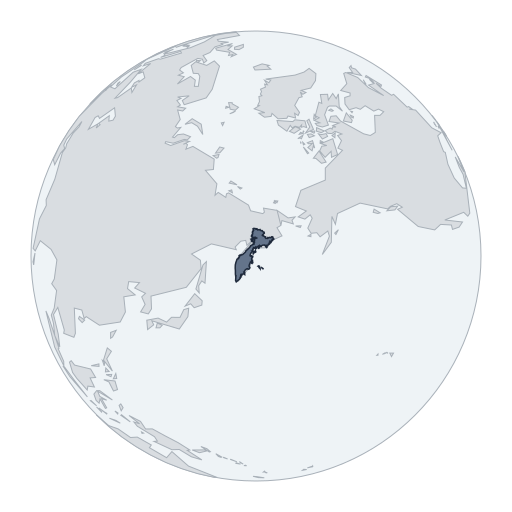 Kamchatka on an orthographic globe
{"feature_id": "RUS-3468", "entity_name": "Kamchatka", "entity_type": "Region", "adm_level": 1, "iso_a3": "RUS", "parent_name": "Russia", "parent_adm1": "", "projection": "orthographic", "projection_center": [164.844, 57.899], "detail": "fine", "context": "on_globe", "style": "filled", "palette": "slate", "viewbox_px": 512, "rotation_deg": 0, "n_neighbors": 0, "source": "natural_earth", "source_scale": "10m", "svg_char_len": 17713}
<svg xmlns="http://www.w3.org/2000/svg" viewBox="0 0 512 512"><circle cx="256" cy="256" r="225" fill="#eef3f6" stroke="#a8b0b8"/><path d="M312.6,466.1L312.8,466.5L312.5,466.7L312.6,466.1ZM465.2,172.4L464.9,172.1L469.8,213.2L467.8,216.2L463.7,212.3L444.8,220.0L462.5,222.0L459.1,227.1L452.5,229.4L451.4,225.0L440.6,224.4L434.7,229.9L418.2,226.5L397.6,209.3L402.3,207.2L396.8,203.7L390.5,206.3L387.7,208.9L360.1,203.1L337.5,213.5L335.4,224.3L331.9,216.4L331.3,242.3L322.3,254.5L329.4,236.2L327.8,231.0L320.1,236.8L316.8,232.7L311.1,233.3L307.8,228.1L312.2,218.2L310.2,214.8L304.9,219.1L298.2,216.9L306.3,211.0L295.5,206.6L300.9,190.3L325.3,180.1L325.3,168.1L342.5,150.3L337.9,148.1L341.5,140.6L337.6,135.5L341.9,134.0L335.0,131.3L331.8,133.6L327.8,133.3L325.2,130.6L330.2,128.1L332.2,129.1L332.4,127.0L336.0,127.0L332.7,125.5L339.1,123.0L329.0,121.5L330.9,116.3L336.2,115.8L340.5,121.0L363.6,133.8L370.3,135.5L375.3,132.4L374.6,115.4L380.0,115.4L383.7,111.7L378.5,109.1L373.8,111.1L365.1,105.7L360.3,109.3L356.1,107.7L349.2,109.7L345.0,104.0L344.7,97.5L350.1,95.8L350.1,93.0L340.7,90.5L346.8,83.7L343.7,73.4L345.8,72.5L357.7,77.5L368.4,87.6L383.7,95.6L368.5,85.1L374.2,83.5L372.9,81.2L369.5,78.4L365.3,77.0L366.1,75.5L381.5,85.0L381.0,86.4L376.1,83.3L381.2,88.2L391.6,95.3L393.6,94.3L407.1,107.1L408.7,106.6L412.6,109.4L409.1,109.1L415.6,110.1L431.8,127.8L441.1,132.7L437.7,135.8L440.0,142.5L443.6,151.6L445.3,152.4L447.9,164.2L454.2,178.0L462.5,187.9L466.4,188.3L463.1,174.4L459.3,167.4L455.2,156.9L464.0,171.9L457.9,156.3L460.2,160.9L465.2,172.4ZM391.5,356.6L389.8,353.1L393.5,353.1L391.5,356.6ZM387.0,352.4L388.0,353.3L386.8,352.8L387.0,352.4ZM385.0,353.0L386.5,352.6L384.9,353.5L385.0,353.0ZM382.4,354.4L383.8,353.5L383.7,353.8L382.4,354.4ZM444.5,136.1L437.2,122.4L444.1,132.7L442.3,130.1L443.6,132.9L446.9,140.1L452.2,150.3L444.5,136.1ZM378.0,355.2L376.8,355.3L378.0,354.0L378.0,355.2ZM435.0,124.1L436.5,126.9L434.6,123.8L435.0,124.1ZM386.9,210.8L390.7,206.8L397.7,206.1L394.9,209.9L386.9,210.8ZM373.2,212.3L374.1,209.1L380.1,212.8L377.8,213.5L373.2,212.3ZM334.7,233.1L338.4,229.7L335.9,234.5L334.7,233.1ZM310.9,234.3L310.9,236.7L308.0,236.0L310.9,234.3ZM352.0,112.7L350.7,111.2L352.6,111.6L352.0,112.7ZM350.3,115.1L353.5,116.6L353.2,118.0L351.2,117.0L350.3,115.1ZM300.3,227.5L295.6,226.0L301.1,225.8L300.3,227.5ZM346.3,112.9L352.2,120.2L351.5,122.6L343.4,121.0L346.3,112.9ZM293.3,223.9L281.9,220.6L280.9,225.4L277.1,210.4L288.1,217.9L295.1,216.9L292.0,220.3L293.3,223.9ZM332.0,135.6L335.2,132.9L334.9,137.7L332.0,135.6ZM332.8,138.7L337.6,154.5L331.5,157.3L331.1,151.3L325.1,157.3L319.7,150.9L321.8,146.2L326.8,145.5L320.9,143.6L332.8,138.7ZM276.9,202.8L274.8,200.7L277.8,201.0L276.9,202.8ZM326.1,133.6L327.6,136.4L322.4,139.0L318.4,133.8L321.4,134.6L326.1,133.6ZM326.1,162.1L321.5,163.3L315.9,158.4L313.4,158.2L319.0,151.0L326.1,162.1ZM321.3,132.7L316.5,131.2L316.6,127.6L324.3,131.0L321.3,132.7ZM322.8,141.9L320.1,142.9L320.3,140.6L322.8,141.9ZM314.2,114.4L316.2,117.5L313.6,119.0L314.2,114.4ZM314.8,130.9L314.7,132.2L314.0,133.2L310.9,131.6L314.8,130.9ZM314.7,148.1L313.3,145.9L312.1,150.8L307.8,147.5L312.4,143.4L308.6,143.8L307.3,142.8L312.5,140.6L314.7,148.1ZM305.5,133.1L309.8,127.0L306.8,120.8L309.0,119.2L313.5,129.4L305.5,133.1ZM309.2,137.6L307.4,134.4L311.0,133.9L314.4,135.8L309.2,137.6ZM303.3,146.9L308.7,153.0L307.5,153.7L303.3,146.9ZM303.9,131.3L302.9,132.9L303.3,131.0L303.9,131.3ZM302.7,142.2L304.8,144.2L303.4,144.9L302.7,142.2ZM299.2,134.3L300.6,132.3L303.0,133.5L299.2,134.3ZM300.2,138.0L297.8,138.6L303.0,135.1L301.4,138.8L300.2,138.0ZM301.0,142.6L300.9,143.7L300.4,141.6L301.0,142.6ZM289.4,131.3L295.3,126.7L300.6,129.1L294.1,133.3L289.4,131.3ZM236.6,31.6L226.7,33.2L214.6,35.0L181.3,45.5L176.3,47.3L175.4,46.3L146.5,59.4L142.9,62.5L121.5,76.9L110.4,86.9L114.9,88.8L133.2,72.2L141.2,69.3L130.3,82.2L115.0,98.2L117.6,97.6L131.3,88.0L131.9,92.5L136.5,84.9L131.6,87.3L134.4,82.9L139.0,80.4L139.0,82.0L144.8,77.8L143.2,71.9L138.1,73.8L150.7,63.5L143.3,65.8L145.3,63.3L158.5,58.7L160.3,59.2L181.5,53.0L180.7,51.4L160.6,57.4L165.1,55.2L163.9,53.7L168.3,53.2L190.4,47.7L204.4,41.9L215.3,35.4L225.0,33.5L236.4,32.4L239.5,35.5L217.4,39.5L218.3,41.2L228.7,42.2L221.2,43.5L222.7,44.6L215.0,46.8L210.0,52.5L203.1,55.5L206.8,60.6L203.8,63.0L202.4,59.2L197.8,58.4L181.2,67.5L179.6,70.0L183.4,72.8L178.4,75.2L184.2,76.7L177.4,84.0L190.5,76.5L195.3,80.1L194.4,86.4L198.3,86.4L199.8,76.3L198.3,73.6L193.3,73.3L191.2,65.4L195.7,61.8L206.7,65.4L214.3,60.9L219.5,66.1L212.2,89.3L206.2,97.9L184.2,104.7L182.3,100.5L189.2,95.8L177.6,97.0L181.0,98.4L176.9,100.5L180.4,105.0L177.6,106.8L185.7,108.2L182.7,111.0L177.6,110.0L180.2,119.5L175.4,126.6L177.4,128.0L180.8,127.4L172.5,137.1L174.3,137.7L177.7,134.7L183.5,134.0L190.5,136.7L187.3,139.9L184.3,139.4L173.1,143.2L165.7,141.6L165.1,143.2L170.7,145.5L184.4,140.7L189.5,141.4L183.3,144.3L185.9,143.3L187.5,144.7L185.9,149.2L192.9,146.4L214.2,159.1L213.4,169.5L205.4,170.3L216.9,183.8L215.0,195.3L218.2,192.4L225.8,197.4L226.5,193.8L228.6,192.9L248.5,205.1L250.6,210.8L262.8,213.6L264.4,212.2L263.5,208.1L277.1,210.4L280.9,225.4L277.0,227.7L282.0,235.9L272.4,240.2L266.8,247.8L253.4,248.2L250.2,254.5L252.5,257.1L249.8,267.8L236.1,281.8L236.8,259.2L255.3,237.7L246.9,245.3L245.7,240.4L240.8,241.2L235.1,247.0L236.3,249.7L211.4,243.9L191.5,254.0L200.4,260.2L201.1,268.6L186.3,287.3L151.0,296.1L151.5,308.9L148.3,313.9L140.6,311.9L145.1,304.4L141.7,296.9L145.5,293.3L134.7,288.0L139.5,282.6L128.7,281.6L127.5,288.6L135.2,294.9L123.8,296.8L125.4,312.0L120.2,322.0L99.4,325.2L86.2,316.6L84.2,318.5L81.8,310.0L74.3,308.1L75.4,333.3L73.9,337.3L63.7,333.3L64.3,330.0L57.8,307.4L53.5,314.5L58.2,334.0L59.8,346.9L54.7,335.4L53.5,323.4L51.3,315.1L54.2,308.1L56.6,290.5L51.7,283.7L54.3,279.0L56.9,259.9L51.1,249.4L40.3,240.7L35.2,250.9L33.1,248.3L39.5,218.8L46.3,205.5L46.1,199.7L54.8,179.2L62.4,152.5L65.7,147.9L66.7,143.8L73.1,133.2L79.1,126.8L81.9,121.5L66.7,139.0L63.8,145.1L64.6,148.6L60.6,153.1L54.7,164.7L53.3,159.5L59.5,145.9L68.8,130.7L79.3,116.2L104.2,91.0L105.3,90.6L105.6,90.5L106.2,90.0L105.2,89.7L111.8,84.8L91.4,102.3L89.8,103.9L101.6,91.9L114.2,80.9L127.6,70.9L141.7,61.9L156.4,53.9L171.7,47.1L187.5,41.4L203.6,36.9L220.0,33.6L236.6,31.6ZM95.1,117.5L88.4,129.3L98.0,123.8L96.2,128.0L100.1,124.7L98.7,123.3L109.3,115.7L108.8,121.1L113.0,120.2L115.4,116.2L114.6,107.8L99.5,118.4L98.2,115.8L95.1,117.5ZM446.5,136.1L444.3,132.5L443.6,131.3L445.6,134.4L446.5,136.1ZM438.5,123.9L439.9,125.9L436.1,120.7L438.5,123.9ZM435.4,119.7L435.7,120.2L432.0,115.4L435.4,119.7ZM439.0,128.1L437.9,126.1L439.2,127.5L439.0,128.1ZM433.6,121.9L434.3,122.9L434.2,123.4L433.6,121.9ZM373.2,82.9L372.1,82.1L369.3,79.3L371.8,80.7L373.2,82.9ZM349.2,67.6L351.0,65.6L351.5,67.8L355.5,69.1L361.4,75.5L347.2,72.4L352.6,72.5L349.2,67.6ZM365.4,83.8L363.2,79.7L366.2,84.4L365.4,83.8ZM239.0,49.6L234.5,49.3L234.6,47.2L243.4,44.4L243.3,47.3L239.0,49.6ZM228.0,49.5L236.5,54.4L231.3,56.7L232.8,54.5L228.5,55.5L229.7,52.3L216.5,50.1L215.7,48.2L232.5,43.5L227.4,45.9L232.2,45.9L228.0,49.5ZM267.2,66.1L270.8,69.2L255.0,70.0L253.4,67.1L262.1,63.9L269.1,65.4L267.2,66.1ZM330.9,108.9L333.3,110.7L331.9,111.3L328.7,110.3L330.9,108.9ZM315.3,115.7L318.9,102.2L321.8,103.4L320.4,94.5L327.6,94.3L328.3,100.0L332.7,93.5L336.2,98.6L338.4,93.9L339.2,106.6L342.5,111.2L336.1,106.0L329.4,106.0L327.5,107.3L324.6,114.8L328.4,125.1L322.4,127.0L317.1,125.6L315.3,123.4L319.8,122.8L314.1,120.3L319.2,117.8L315.3,115.7ZM258.8,113.2L264.8,112.6L254.2,108.8L259.3,105.6L257.7,105.4L259.5,101.5L258.9,96.5L261.9,95.7L260.4,94.1L261.5,91.6L260.5,89.2L265.5,87.1L264.6,84.1L267.4,84.8L264.6,80.3L268.9,82.7L270.8,80.0L265.6,79.1L295.0,75.1L304.0,72.1L309.1,68.4L315.9,73.6L315.5,80.6L310.7,88.0L301.1,90.4L306.0,92.5L302.8,94.3L300.3,91.9L302.2,96.8L298.9,97.7L294.7,105.4L299.5,112.4L298.1,115.5L294.6,113.3L295.6,118.0L288.0,116.0L286.8,118.3L278.1,118.8L272.0,113.4L271.1,116.4L264.5,117.2L258.8,113.2ZM286.9,131.2L278.4,125.1L277.0,120.5L292.8,121.6L294.9,119.8L304.9,120.8L306.7,127.6L303.7,126.6L301.2,127.3L301.6,124.9L299.4,127.4L295.1,126.2L292.2,127.9L290.3,125.4L286.9,131.2ZM173.5,49.2L170.3,50.6L165.7,53.0L164.9,52.3L173.5,49.2ZM188.7,45.2L186.1,46.3L182.7,46.1L186.1,44.8L188.7,45.2ZM187.6,47.4L186.2,46.4L189.0,46.2L187.6,47.4ZM200.3,60.6L197.9,62.3L196.6,61.9L196.5,60.4L200.3,60.6ZM228.6,102.6L232.2,102.7L232.2,103.8L238.5,107.3L235.3,110.2L230.2,109.2L228.6,102.6ZM116.4,86.0L117.9,83.2L120.3,81.5L119.3,82.8L116.4,86.0ZM141.2,65.5L134.2,69.9L141.1,65.2L141.2,65.5ZM226.1,106.3L229.1,107.3L225.6,108.2L226.1,106.3ZM233.3,112.5L229.7,113.8L235.6,110.9L233.3,112.5ZM96.5,406.9L101.7,411.8L101.6,412.1L96.5,406.9ZM91.0,400.5L96.6,405.8L90.4,400.7L91.0,400.5ZM98.8,407.9L104.5,412.0L106.9,413.4L106.7,414.0L98.8,407.9ZM87.4,396.9L69.7,376.4L63.3,366.5L64.3,366.7L74.7,380.7L87.4,396.9ZM63.9,365.9L54.7,347.1L45.9,310.9L49.0,318.2L59.0,348.3L58.2,348.8L63.7,361.3L63.9,365.9ZM87.9,386.1L87.2,390.0L76.9,378.5L72.6,372.5L69.5,362.1L71.2,360.7L74.6,365.1L90.6,369.0L95.6,377.5L90.1,377.9L94.4,387.0L87.9,386.1ZM35.0,253.0L33.7,264.9L33.0,261.8L35.0,253.0ZM99.0,366.4L91.2,365.7L98.9,363.9L99.0,366.4ZM104.7,362.5L104.2,365.8L102.4,360.4L104.7,362.5ZM82.2,322.6L78.5,318.7L79.4,316.4L84.7,320.1L82.2,322.6ZM116.2,330.3L112.6,336.9L110.6,338.3L110.6,332.4L116.2,330.3ZM202.8,134.5L197.5,126.2L191.7,122.7L185.0,124.3L192.2,118.7L201.2,124.2L202.8,134.5ZM213.1,155.6L219.0,154.5L218.0,157.6L216.6,158.2L213.1,155.6ZM215.5,153.1L219.7,147.0L224.0,148.1L219.9,152.7L215.5,153.1ZM222.6,125.6L221.3,122.9L224.1,122.3L222.6,125.6ZM96.3,414.9L108.7,425.6L118.1,428.9L130.5,437.5L137.3,437.1L151.3,445.0L149.4,447.7L166.6,457.7L171.9,451.6L188.5,466.1L205.2,472.7L217.2,477.5L214.5,477.4L197.9,473.7L181.7,468.7L165.9,462.5L150.7,455.1L136.0,446.6L122.0,437.1L108.7,426.5L96.3,414.9ZM253.0,476.3L256.6,476.6L264.3,477.8L258.3,477.6L253.0,476.3ZM303.7,469.3L306.7,469.5L302.5,470.3L303.7,469.3ZM312.5,466.7L307.3,467.9L312.6,466.1L312.5,466.7ZM265.0,472.2L267.3,472.7L266.1,472.9L265.0,472.2ZM263.4,472.0L264.6,471.1L265.2,472.0L263.4,472.0ZM243.9,465.6L245.5,465.2L246.6,465.8L243.9,465.6ZM109.4,418.2L116.1,420.5L120.3,423.2L109.4,418.2ZM240.5,464.1L235.9,463.4L236.1,462.8L240.5,464.1ZM240.3,462.6L239.4,461.6L243.2,464.1L240.3,462.6ZM230.8,459.3L236.9,461.8L230.2,459.4L230.8,459.3ZM227.6,459.0L223.5,457.6L223.7,457.3L227.6,459.0ZM187.3,450.4L201.9,459.9L191.4,456.8L179.3,449.5L171.9,449.7L154.0,441.4L157.4,441.1L154.5,436.7L137.4,426.3L133.9,422.0L139.6,423.8L129.0,415.5L140.5,421.4L145.6,429.0L152.4,428.9L165.0,435.8L178.2,442.7L189.8,450.0L187.3,450.4ZM141.5,431.9L143.6,433.1L142.0,433.4L141.5,431.9ZM215.8,453.7L221.7,457.0L221.1,457.4L218.4,456.5L215.8,453.7ZM192.2,450.0L204.3,449.9L207.4,450.8L199.5,452.7L192.2,450.0ZM200.9,446.5L206.9,448.7L210.4,451.7L209.3,452.0L200.9,446.5ZM118.0,413.0L117.7,414.0L114.9,411.0L118.0,413.0ZM121.5,414.7L130.3,421.9L120.8,415.3L121.5,414.7ZM97.6,391.2L99.8,396.4L106.7,400.2L101.5,398.7L106.7,407.8L105.4,408.4L100.0,398.9L99.1,403.2L96.1,400.4L93.9,394.1L96.7,390.6L99.7,390.6L112.4,400.0L97.6,391.2ZM121.2,410.8L119.1,405.4L120.8,403.9L123.1,407.7L121.2,410.8ZM113.5,391.0L108.9,381.9L103.8,379.7L115.0,381.0L117.5,389.6L113.5,391.0ZM111.0,376.7L106.1,374.6L111.7,374.4L111.0,376.7ZM105.4,371.9L105.8,368.0L109.1,371.5L105.4,371.9ZM113.3,378.8L115.8,373.5L116.7,378.5L113.3,378.8ZM106.7,358.8L112.4,371.1L103.5,360.1L107.3,347.9L111.4,351.3L106.7,358.8ZM156.0,327.8L157.3,323.1L162.2,325.3L159.9,327.8L156.0,327.8ZM179.3,329.0L163.9,324.4L151.8,320.8L153.7,324.8L147.6,329.6L146.8,320.2L158.1,318.1L166.6,322.1L171.5,317.3L180.0,317.4L183.8,309.6L188.7,308.2L187.9,316.6L179.3,329.0ZM185.1,306.1L194.7,293.7L202.2,300.8L201.8,305.1L194.2,307.7L190.7,303.8L185.1,306.1ZM199.2,292.9L195.9,289.0L203.0,264.9L206.4,261.6L205.0,283.2L201.8,280.9L198.7,285.7L199.2,292.9ZM273.5,202.8L274.7,200.9L275.3,203.4L273.5,202.8ZM228.8,190.8L231.7,189.9L232.4,192.8L228.8,190.8ZM240.3,189.1L237.5,186.5L241.9,188.0L240.3,189.1ZM230.9,181.0L237.0,184.8L229.2,183.1L230.9,181.0Z" fill="#d9dde1" stroke="#a8b0b8" stroke-width="1"/><path d="M273.8,239.4L273.6,239.2L273.2,239.5L273.3,239.4L273.1,239.3L273.0,239.5L272.7,240.2L272.1,239.8L272.1,240.3L272.1,240.6L271.8,240.7L271.8,241.0L271.5,241.3L271.1,241.1L270.8,241.3L271.2,241.5L271.3,241.7L271.2,241.8L270.7,241.6L270.9,241.9L270.7,242.2L270.2,242.1L270.4,242.4L270.0,242.5L270.5,242.8L270.1,243.0L269.6,242.7L270.0,243.1L269.8,243.6L269.7,243.7L269.6,243.3L269.6,243.7L268.8,243.9L269.0,244.2L268.6,244.4L268.7,244.2L268.6,244.6L268.2,245.0L267.4,245.2L267.5,245.3L267.4,245.6L267.0,245.5L267.3,246.0L267.0,246.2L266.9,247.4L266.7,247.6L266.0,247.1L265.8,246.7L266.0,246.4L265.6,246.3L265.4,245.8L264.5,245.3L264.7,245.2L264.4,245.0L262.6,245.2L261.8,245.6L261.6,245.4L261.7,245.7L261.3,245.9L261.1,245.8L261.0,246.0L260.8,245.8L260.9,246.1L260.7,246.0L260.8,246.1L260.6,246.3L260.2,246.0L260.3,246.4L260.0,246.5L258.8,248.4L258.5,248.4L258.5,248.1L258.6,247.2L258.8,246.9L258.7,246.2L258.9,246.2L259.0,245.7L258.3,246.0L258.1,246.2L258.3,246.1L258.7,245.9L257.6,246.7L257.2,246.9L257.2,246.7L257.2,247.0L256.8,247.4L256.6,247.2L256.5,247.3L256.3,247.2L256.4,247.5L256.6,247.4L256.7,247.8L256.0,248.6L255.7,247.8L255.3,247.3L255.0,247.4L255.1,247.6L255.0,247.8L254.6,248.0L254.7,248.3L254.4,248.1L254.7,247.7L253.6,247.5L253.7,247.8L253.9,247.8L253.7,248.1L253.4,248.1L253.1,248.4L253.1,249.2L252.7,249.4L252.7,249.6L253.0,250.0L252.9,250.5L252.6,250.5L252.4,250.7L252.8,251.3L252.6,251.5L252.6,251.2L252.4,251.1L252.0,251.1L252.4,251.6L252.0,252.0L252.0,251.7L251.9,252.1L251.6,252.1L251.8,252.1L251.8,252.3L251.0,252.9L250.5,253.9L250.1,255.1L250.1,255.8L251.0,256.4L250.8,256.7L251.1,256.5L251.1,256.0L251.2,255.8L251.5,255.7L252.1,256.2L252.6,256.3L252.8,256.7L252.6,256.9L252.6,257.2L252.3,257.7L251.7,258.1L251.6,258.9L251.8,259.3L251.6,259.8L251.6,260.4L251.9,260.6L252.5,260.5L252.5,261.0L252.5,261.7L252.7,262.2L252.8,262.7L252.2,263.0L252.1,263.4L251.6,263.2L251.2,262.5L252.3,261.5L252.0,261.3L251.8,261.7L251.3,261.5L250.7,261.9L251.1,262.3L249.9,263.1L249.9,263.3L249.2,265.1L249.1,265.8L249.2,266.5L249.9,267.8L249.8,268.0L248.9,269.2L247.9,269.2L247.6,268.7L246.6,268.9L245.0,270.2L244.6,271.0L244.4,271.7L244.4,272.1L244.5,272.5L244.4,272.2L244.6,272.3L244.6,272.9L244.2,272.8L244.6,273.5L244.4,273.8L244.5,274.0L244.7,273.8L244.7,274.5L244.1,274.0L244.2,273.7L242.6,274.1L241.5,275.0L241.3,274.3L240.9,274.4L240.8,274.8L241.1,274.9L241.0,274.7L241.3,275.0L240.9,275.4L241.2,275.7L241.0,275.9L240.7,275.8L240.7,276.1L240.9,276.2L240.9,276.5L240.6,276.8L240.9,276.8L241.0,276.9L240.8,277.0L240.5,277.5L240.3,277.9L240.1,278.5L239.4,279.2L239.1,279.7L238.2,280.2L238.0,280.7L237.7,280.7L235.8,282.3L236.1,281.9L236.1,281.6L236.1,281.1L235.6,280.6L235.8,277.1L235.6,275.8L235.8,276.1L236.0,275.9L235.6,275.5L235.4,274.2L235.4,270.8L235.2,268.2L235.3,264.9L236.0,262.0L236.2,261.7L236.8,259.8L237.3,259.0L237.4,258.9L237.2,259.2L237.1,259.4L237.5,258.9L238.1,258.6L238.4,258.0L238.6,258.3L239.4,256.9L239.4,256.0L239.1,255.7L239.6,255.2L240.1,255.6L240.6,255.5L241.0,254.7L241.7,254.9L242.2,254.8L242.5,255.1L242.3,254.8L244.3,253.1L244.5,253.3L244.4,253.0L245.1,252.4L245.6,251.7L245.7,251.2L245.8,250.9L247.0,250.0L247.3,249.2L248.1,249.0L249.0,248.1L249.4,247.4L250.2,246.8L250.4,246.6L250.3,246.4L250.4,246.0L250.9,245.5L252.0,245.1L252.3,244.7L253.1,244.5L253.1,244.9L253.3,244.4L253.9,244.3L254.0,244.1L253.9,244.0L253.4,243.8L253.7,243.6L253.8,243.2L254.3,242.9L254.5,242.4L254.3,242.1L253.9,242.1L254.2,241.3L254.5,241.1L254.7,238.9L255.2,238.5L255.4,238.1L256.7,238.4L256.8,238.6L256.5,238.1L257.5,238.1L256.5,238.0L255.3,237.2L254.6,237.3L254.3,237.6L253.5,237.7L253.4,237.6L252.9,238.2L253.3,238.6L252.8,239.0L252.9,239.4L252.8,239.5L253.0,239.6L252.6,240.2L252.5,240.6L253.2,241.0L252.8,241.4L252.7,241.5L252.8,241.6L252.6,241.7L252.3,241.4L252.5,241.2L252.3,241.0L251.9,241.2L252.1,241.4L251.6,241.2L251.6,240.8L251.5,240.7L251.3,240.1L251.7,239.9L251.7,239.5L251.1,239.1L252.1,238.7L252.2,237.9L252.1,237.5L252.3,237.1L252.1,237.1L251.9,236.5L251.4,236.2L251.5,235.6L251.6,235.4L252.0,235.4L252.0,235.2L252.3,235.2L252.2,234.4L252.7,234.0L252.7,233.5L252.6,233.3L252.3,232.8L252.5,232.5L252.6,232.4L252.7,232.2L252.6,231.9L252.5,231.4L252.7,231.2L253.1,231.3L253.3,230.8L253.6,230.5L253.2,229.9L253.2,229.6L253.3,229.2L253.1,228.9L253.5,228.8L253.8,228.4L254.4,228.7L254.9,228.4L255.9,229.0L256.0,229.3L256.3,229.3L256.3,228.8L256.7,228.7L256.9,229.1L257.4,229.1L257.8,229.6L257.6,229.7L257.7,229.9L258.3,229.7L259.3,229.9L260.0,229.5L260.3,230.0L260.5,230.1L260.9,230.6L261.4,230.8L261.7,230.6L262.2,230.6L262.5,231.0L262.9,231.7L263.4,232.0L263.8,232.0L263.8,232.3L264.2,232.5L264.3,233.1L264.1,233.2L264.1,233.5L263.6,233.7L263.0,234.6L263.0,234.8L262.8,234.8L262.9,235.0L262.7,235.0L262.4,235.5L263.3,236.0L263.6,235.8L265.0,237.0L265.4,236.9L265.3,237.4L265.5,237.6L265.4,237.8L265.9,238.4L266.2,238.2L267.0,238.4L267.4,238.2L267.6,237.9L267.7,238.1L267.9,237.9L268.1,238.1L269.1,237.4L269.5,237.6L269.9,237.4L270.6,237.7L271.1,237.4L271.6,236.8L272.0,236.7L272.2,236.8L272.4,237.1L272.7,237.0L272.8,237.4L272.7,237.7L272.9,238.0L273.0,238.4L273.4,238.3L273.7,238.7L273.7,239.0L273.8,239.1L273.7,239.2L273.8,239.4ZM255.8,251.6L255.6,252.2L255.1,252.2L254.8,252.5L254.6,252.4L254.0,252.9L253.4,253.4L253.2,253.8L253.1,253.5L253.5,253.2L253.8,252.4L253.8,252.1L254.1,251.7L253.7,251.7L253.8,251.6L254.9,251.2L255.4,250.7L255.8,251.6ZM260.1,267.9L260.1,268.6L259.7,268.0L259.4,268.0L258.8,267.1L258.6,266.5L258.0,266.2L258.4,265.9L259.2,266.1L259.1,266.4L259.2,266.8L260.1,267.9ZM262.6,268.2L263.5,269.2L262.0,268.1L261.9,267.8L262.6,268.2Z" fill="#64748b" stroke="#1e293b" stroke-width="1.5"/></svg>